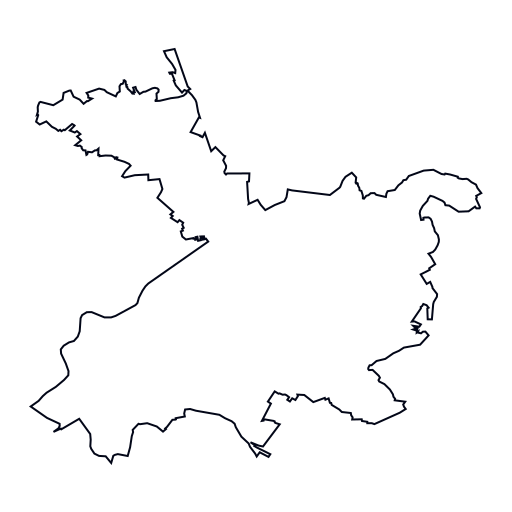 Targu Mures, Mures, Romania (Equal Earth projection)
{"feature_id": "2599482B75389931397791", "entity_name": "Targu Mures", "entity_type": "district", "adm_level": 2, "iso_a3": "ROU", "parent_name": "Romania", "parent_adm1": "Mures", "projection": "equal_earth", "projection_center": [24.558, 46.548], "detail": "fine", "context": "isolated", "style": "outline", "palette": "ink", "viewbox_px": 512, "rotation_deg": 0, "n_neighbors": 0, "source": "geoboundaries", "source_scale": "gbopen_adm2", "svg_char_len": 5961}
<svg xmlns="http://www.w3.org/2000/svg" viewBox="0 0 512 512"><path d="M425.4,331.6L422.9,331.7L421.0,333.3L417.9,332.6L418.2,331.5L416.7,332.6L416.9,330.7L413.2,329.5L416.1,328.5L417.4,328.9L417.6,328.2L414.4,327.0L413.2,325.8L419.3,326.7L420.9,324.4L414.5,321.4L411.8,321.6L420.9,308.3L420.7,307.0L422.2,306.0L423.3,304.0L426.6,305.2L428.6,307.7L427.3,308.4L427.7,319.3L431.9,319.4L433.2,304.1L433.8,301.9L436.9,296.8L437.1,294.1L432.5,288.1L432.4,286.9L430.2,281.9L426.7,283.9L420.7,274.4L429.8,269.8L429.2,268.3L435.2,264.2L431.1,257.0L428.5,253.7L432.9,252.0L435.2,249.6L437.6,245.3L438.8,241.9L438.9,239.4L437.9,235.2L434.8,231.4L434.1,228.1L432.6,224.9L432.0,221.6L430.6,218.8L428.6,217.4L424.5,217.5L423.4,217.8L423.5,219.7L421.1,220.0L419.7,213.6L420.2,210.6L422.8,205.9L427.4,200.9L428.1,198.7L430.3,195.8L433.6,196.7L442.5,200.9L444.5,202.5L445.4,205.2L449.2,205.6L458.6,211.7L468.6,211.3L475.1,206.6L476.3,208.3L479.6,208.3L480.0,207.3L476.1,198.9L476.8,197.2L476.2,195.9L481.3,193.1L477.5,188.1L476.0,184.6L471.5,182.2L468.1,179.4L466.6,178.8L462.5,179.1L458.8,178.4L457.7,177.7L457.8,176.7L450.1,174.5L445.2,173.6L444.6,174.5L441.5,174.0L433.4,169.8L423.7,170.6L408.8,176.0L406.2,179.7L403.4,180.2L402.0,182.5L398.4,185.3L394.8,190.0L387.6,191.2L386.4,193.7L385.9,197.0L376.2,194.8L374.5,193.1L370.7,193.2L368.5,195.2L366.3,195.8L364.0,198.7L362.9,198.4L362.8,195.4L361.4,190.9L359.6,190.3L359.3,187.9L358.0,185.6L357.7,183.4L356.8,182.9L356.2,183.5L355.6,182.7L356.2,177.4L351.8,172.7L345.5,176.8L342.6,180.8L340.2,186.9L339.4,187.8L329.9,195.0L292.0,190.4L287.8,189.4L286.5,197.2L284.4,201.2L274.8,205.0L265.3,210.1L260.7,204.8L257.6,199.8L248.6,204.0L248.9,202.8L248.1,199.0L247.1,181.9L249.0,181.4L249.4,173.4L227.1,173.5L226.0,174.5L224.6,173.1L224.3,171.6L226.0,168.2L226.1,165.8L223.2,160.3L225.2,156.2L223.5,155.4L215.4,147.1L211.2,151.2L204.9,132.8L202.5,137.2L200.1,136.1L200.4,135.6L190.6,132.1L198.9,117.4L200.0,117.8L198.1,111.9L196.4,102.4L195.4,99.9L192.0,95.2L188.8,91.9L187.0,90.9L190.2,89.0L187.7,86.5L174.6,49.0L164.0,51.2L166.7,57.3L172.1,64.0L175.5,69.9L175.2,73.1L172.6,72.2L169.3,72.6L169.9,73.8L171.9,73.7L174.6,80.3L173.7,80.6L175.8,85.4L182.0,92.6L184.4,90.0L186.8,90.9L186.4,93.3L183.5,95.7L178.1,97.3L170.8,98.2L159.8,100.8L155.6,101.0L155.5,100.3L156.8,99.0L156.5,93.6L158.5,91.8L158.6,89.6L157.4,88.4L154.9,87.8L152.4,88.3L145.5,91.6L143.4,91.8L139.7,94.0L136.4,89.8L135.5,87.0L133.1,87.7L134.7,92.0L133.4,91.8L133.8,93.7L132.4,93.6L130.7,91.4L127.6,88.6L127.3,87.0L126.5,86.9L126.2,85.6L126.8,84.9L125.7,84.0L125.7,81.4L124.4,80.2L123.8,80.4L124.1,80.9L122.7,83.8L120.9,84.1L119.5,86.3L119.8,91.5L117.4,93.0L115.8,96.4L106.8,92.2L104.4,89.9L99.1,88.6L86.6,92.9L88.3,95.5L88.2,97.6L92.0,98.6L87.9,101.2L86.9,101.1L83.6,103.8L79.7,99.6L73.6,96.7L70.7,90.5L69.3,90.6L63.6,92.9L62.6,99.6L53.3,105.2L40.5,101.9L39.4,102.5L38.1,105.5L37.7,107.2L37.9,111.6L37.0,114.6L37.6,114.2L38.2,115.1L36.1,121.7L39.7,124.5L46.3,121.4L51.9,126.8L55.8,128.8L58.3,130.9L60.1,129.8L61.4,131.2L63.8,129.7L64.8,130.2L72.1,124.0L74.2,125.2L74.6,125.6L69.8,130.5L74.8,132.5L76.9,131.1L80.4,134.1L77.1,136.5L81.2,140.3L75.2,145.2L77.9,146.0L79.9,145.6L81.7,147.0L81.7,148.3L83.2,150.3L85.5,150.4L86.4,154.9L87.2,154.4L88.0,151.8L92.0,152.3L94.9,150.4L96.5,150.3L98.5,148.6L98.2,155.1L99.4,155.0L99.5,156.2L105.5,155.5L111.4,155.7L114.1,157.2L114.9,158.8L115.5,158.7L116.2,157.2L117.4,157.5L117.0,159.5L124.5,161.8L129.0,163.9L130.6,165.7L125.3,171.2L122.1,176.2L124.5,177.6L134.8,175.2L148.2,174.5L148.4,180.2L159.5,179.1L162.4,189.0L161.0,192.2L157.4,197.8L173.4,211.9L170.4,214.4L172.7,216.0L170.9,217.9L177.6,222.2L179.4,220.1L183.2,222.7L182.2,224.8L183.7,227.8L182.1,228.7L182.9,230.6L180.8,231.4L182.3,236.6L185.9,239.5L193.2,238.1L193.4,238.7L194.8,238.3L195.2,239.8L196.0,239.6L195.6,237.1L197.4,236.7L198.1,240.8L200.8,240.2L200.4,239.1L201.1,238.9L200.4,236.5L202.1,236.4L202.9,239.6L203.9,239.4L203.1,236.5L203.9,236.3L204.8,239.1L206.0,238.7L208.2,241.6L148.3,283.5L145.4,286.4L142.5,290.7L138.9,297.7L137.4,303.1L135.5,305.1L115.6,315.9L111.1,317.4L104.5,317.4L91.6,312.1L86.8,312.2L82.1,315.1L80.6,318.2L79.7,331.3L77.8,336.6L73.9,341.0L69.0,342.4L63.7,345.7L60.8,349.4L61.1,353.6L65.8,363.5L68.5,371.1L68.3,375.3L64.0,380.0L55.8,386.9L46.6,392.7L42.8,396.1L38.6,400.9L30.7,406.5L47.0,417.9L59.6,423.8L59.7,425.9L58.5,428.3L53.5,431.9L60.8,428.6L61.3,429.3L79.2,418.8L90.2,434.0L90.7,439.7L90.3,446.3L91.2,448.8L94.4,453.6L99.0,455.9L105.7,456.3L111.2,463.0L113.3,455.8L114.8,454.9L117.8,454.1L127.7,456.0L130.1,447.3L131.8,436.1L133.1,432.1L132.7,429.9L138.5,423.8L140.0,424.2L147.2,423.2L156.8,426.5L163.0,431.6L165.9,429.1L165.2,428.5L167.0,426.9L172.4,419.8L175.5,419.6L175.9,419.4L175.7,418.2L184.8,416.5L184.2,413.5L185.1,409.5L190.1,409.0L195.9,410.7L219.4,414.8L225.0,418.2L231.6,421.2L234.6,423.7L235.8,427.2L241.4,436.7L248.7,443.5L250.0,446.8L255.1,453.5L256.7,456.5L259.7,452.3L268.5,456.9L270.3,454.2L256.8,447.5L254.5,446.1L255.2,445.5L254.9,445.2L250.5,442.3L258.7,445.6L263.0,446.5L279.7,424.3L275.6,423.0L274.8,422.5L274.7,421.4L273.6,420.9L264.8,419.4L263.7,419.7L263.6,420.6L261.9,420.9L270.9,403.6L267.9,401.6L274.7,391.4L278.5,393.7L279.6,393.4L282.6,394.7L285.0,394.5L286.5,395.2L289.1,397.2L287.3,399.8L289.9,401.5L292.2,398.3L295.4,400.0L297.9,396.1L297.4,394.6L304.3,395.0L313.3,402.1L324.8,397.9L325.4,399.7L328.6,398.4L329.9,402.8L331.2,403.0L331.7,404.9L339.3,409.5L341.8,412.0L350.8,413.0L351.2,415.3L352.6,417.3L352.2,419.5L361.7,419.3L362.0,421.0L367.3,421.8L367.3,423.2L371.8,423.2L374.4,424.1L399.8,412.7L405.7,409.0L404.0,406.7L403.2,404.5L405.2,401.7L394.7,400.3L395.1,398.8L393.5,396.8L392.9,394.3L389.9,389.5L384.4,384.1L379.2,381.5L378.5,380.1L379.9,377.7L378.8,375.8L372.6,369.9L369.0,370.1L368.2,369.0L368.4,367.6L369.6,365.3L371.6,365.2L376.5,361.0L385.3,358.9L393.3,353.3L399.0,350.8L403.9,347.6L420.1,344.7L428.6,335.4L425.4,331.6Z" fill="none" stroke="#020617" stroke-width="2"/></svg>